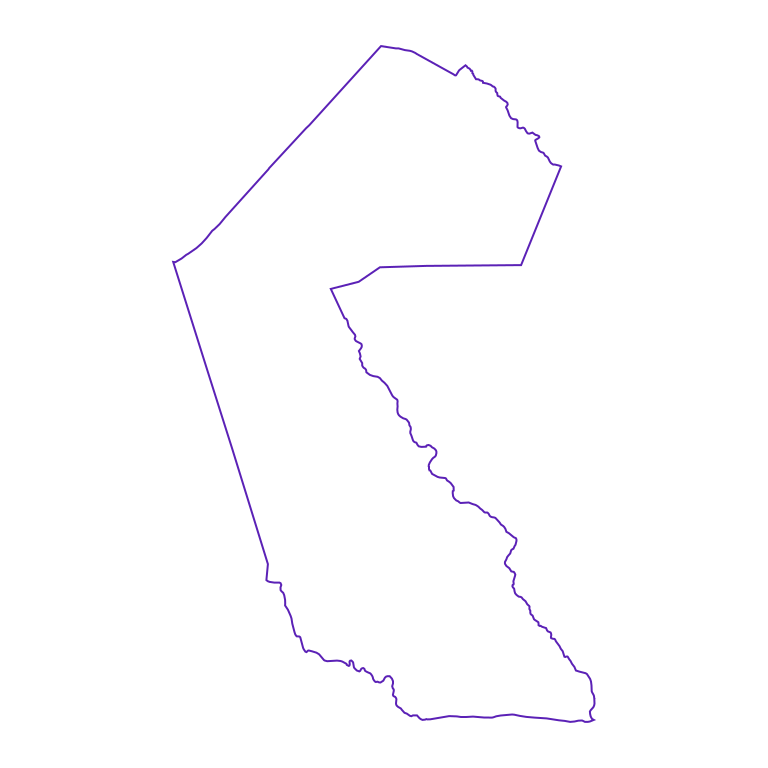 the district of Chicualacuala, Gaza, Mozambique
{"feature_id": "85939544B15867606683535", "entity_name": "Chicualacuala", "entity_type": "district", "adm_level": 2, "iso_a3": "MOZ", "parent_name": "Mozambique", "parent_adm1": "Gaza", "projection": "orthographic", "projection_center": [32.034, -22.729], "detail": "fine", "context": "isolated", "style": "outline", "palette": "violet", "viewbox_px": 768, "rotation_deg": 0, "n_neighbors": 0, "source": "geoboundaries", "source_scale": "gbopen_adm2", "svg_char_len": 6078}
<svg xmlns="http://www.w3.org/2000/svg" viewBox="0 0 768 768"><path d="M561.1,166.4L558.9,165.5L554.7,164.5L553.2,164.6L551.8,163.7L550.9,163.0L549.8,161.5L547.9,157.5L546.7,156.5L545.1,155.6L543.7,153.1L543.2,152.7L540.9,152.0L538.9,150.6L537.6,147.9L535.2,140.7L535.5,139.9L538.0,138.5L539.3,137.4L539.2,136.6L538.8,136.0L537.0,135.2L535.5,134.9L532.4,132.6L529.5,133.6L528.1,133.5L527.5,133.2L527.0,132.5L526.0,131.1L524.8,128.7L524.0,128.0L523.0,127.6L520.6,128.3L519.3,128.2L518.1,127.7L517.5,127.0L517.6,122.2L517.3,120.6L516.9,120.0L516.0,119.4L513.1,119.1L511.1,118.2L509.4,115.6L507.6,110.3L506.1,107.4L506.2,106.7L507.0,105.9L507.7,104.5L507.4,103.0L506.3,101.8L504.0,100.5L500.7,97.9L500.1,96.7L498.1,96.1L497.7,95.8L497.4,94.8L497.2,93.0L496.2,92.1L495.8,91.4L495.6,90.9L495.6,88.7L495.0,87.7L493.9,86.7L492.7,86.4L491.3,85.2L490.5,84.7L486.9,83.5L483.0,82.8L482.9,81.5L482.4,81.0L480.0,80.4L478.8,79.5L478.1,79.3L476.0,79.2L473.4,75.0L473.2,73.9L472.4,73.3L472.4,71.8L472.2,71.2L471.8,70.7L470.9,70.8L470.5,69.8L469.5,68.6L467.5,67.6L467.0,66.6L465.5,65.3L459.6,69.9L459.0,70.5L456.1,75.2L455.8,75.4L454.9,75.3L453.3,74.2L417.0,54.1L415.2,52.9L412.0,51.4L409.9,50.8L404.9,50.1L398.6,48.4L395.9,48.4L381.0,46.1L309.3,125.2L306.1,128.2L269.1,168.2L268.5,169.2L225.5,216.9L219.6,224.1L214.4,229.1L212.2,230.8L206.7,237.9L201.7,243.4L196.4,248.1L188.0,253.9L186.3,254.8L181.6,258.5L175.3,262.2L173.2,261.9L207.3,370.2L232.0,448.1L267.9,564.1L266.4,580.1L267.8,581.2L269.6,581.9L274.3,582.6L279.5,582.6L280.6,583.2L281.3,585.0L280.5,587.4L280.6,590.1L281.5,591.3L283.2,592.8L284.2,595.2L285.1,599.9L285.2,603.3L285.1,605.5L287.9,609.7L290.6,615.8L291.5,618.5L292.3,623.7L294.5,632.1L295.3,634.5L296.6,636.3L299.3,636.5L299.8,636.8L300.3,637.4L303.1,647.9L303.7,649.2L305.4,651.7L306.5,652.1L307.9,650.7L308.8,650.5L312.0,651.3L316.5,652.7L319.1,654.3L324.0,660.1L324.6,660.5L327.2,661.2L337.0,660.6L340.6,661.0L342.4,661.6L346.4,663.8L346.8,664.9L348.7,665.9L349.3,665.7L349.7,664.8L349.7,663.5L349.5,661.9L349.7,661.2L350.2,660.7L351.3,660.5L352.2,661.3L353.1,662.4L353.9,667.1L354.4,668.1L356.0,669.7L356.8,670.5L359.3,671.4L360.2,670.8L361.1,669.1L361.6,668.6L362.4,668.2L363.4,668.1L364.4,668.9L364.9,670.4L365.3,671.0L367.3,672.1L370.3,673.4L371.2,674.4L372.2,675.9L372.8,677.3L373.1,678.8L373.8,680.1L374.9,681.5L375.8,682.0L377.6,681.7L379.1,682.4L380.5,682.5L383.3,680.7L384.9,677.7L386.1,676.6L387.5,676.2L389.7,676.2L391.9,678.6L393.0,681.2L393.0,683.5L392.2,686.2L392.8,688.3L393.7,689.4L393.8,690.8L392.9,694.9L393.5,696.1L395.2,696.9L396.1,698.2L396.4,699.2L396.0,703.4L396.2,704.6L396.7,705.6L398.1,706.9L400.9,708.5L401.8,709.8L404.5,712.8L406.8,713.6L409.9,715.8L411.3,716.2L413.0,715.4L417.0,715.4L419.5,718.2L420.9,719.2L422.5,719.9L425.2,719.6L426.3,719.1L427.4,719.4L430.3,719.3L449.2,716.1L456.9,716.4L460.9,717.0L466.1,717.0L473.0,716.6L483.8,717.5L492.0,717.6L493.4,717.3L496.2,716.3L500.7,715.5L512.1,714.5L514.3,714.7L519.9,715.9L526.3,716.9L534.4,717.6L546.6,718.4L558.9,720.3L564.7,720.9L570.2,721.9L574.6,721.5L578.2,720.7L581.5,720.5L582.4,720.6L585.0,721.9L587.7,721.9L589.9,721.5L593.8,719.9L592.0,718.9L590.7,716.5L590.1,713.9L589.9,711.5L590.7,710.2L593.3,707.3L594.1,705.6L594.5,703.7L594.3,698.6L594.8,699.0L594.2,698.1L594.0,696.1L593.6,695.0L592.1,692.3L591.7,691.2L591.5,685.5L591.0,681.5L590.1,678.9L587.0,674.1L585.6,673.2L579.3,671.6L575.9,670.5L574.4,666.9L572.0,663.8L570.5,660.9L569.3,659.4L567.7,656.7L567.3,656.5L566.1,656.6L565.3,657.0L564.4,656.7L562.7,651.2L560.8,648.8L559.5,646.1L556.7,642.4L555.8,641.1L555.1,639.5L554.4,638.9L553.1,638.8L551.2,638.2L550.9,637.1L551.3,635.0L551.0,633.3L550.5,632.4L547.9,631.4L547.0,630.3L546.1,628.1L542.1,626.8L540.6,625.8L539.9,626.0L538.6,625.3L538.5,623.0L538.3,622.2L534.5,619.7L534.0,619.2L532.6,615.6L531.0,614.4L530.6,613.9L530.3,612.8L530.3,610.7L529.4,609.0L529.5,606.5L529.2,606.0L527.3,604.3L525.5,601.2L522.9,599.1L521.6,597.4L520.6,596.9L518.7,596.6L516.6,595.0L515.2,593.4L514.6,591.5L514.1,588.6L512.9,587.4L512.4,586.1L512.7,584.9L513.3,584.7L513.7,584.0L513.4,581.2L515.1,575.6L515.3,574.5L514.6,573.0L513.8,571.9L511.3,571.4L509.3,568.2L506.4,566.0L505.1,564.0L504.9,563.1L505.0,561.9L506.4,559.3L507.1,557.2L508.4,555.5L510.2,553.5L511.2,550.2L512.5,549.1L513.4,548.8L514.7,545.9L515.5,544.8L516.5,540.8L516.4,539.3L515.9,538.2L513.7,537.2L508.9,533.2L506.4,531.8L505.4,528.9L504.2,527.0L503.2,526.0L500.9,524.5L499.6,522.5L495.4,517.9L493.9,517.4L492.2,517.2L490.6,516.6L489.7,515.8L488.6,513.7L487.6,512.7L487.1,512.5L485.0,512.5L484.3,512.2L482.1,509.9L480.2,508.5L478.4,506.7L476.6,505.5L475.5,504.9L472.7,504.1L468.7,502.5L460.6,503.0L459.6,502.5L458.2,501.3L456.2,500.4L454.0,498.1L453.1,496.2L452.7,493.0L452.8,491.1L453.7,490.6L453.6,487.0L450.8,483.2L449.3,481.9L447.0,480.4L446.1,478.7L445.6,478.2L444.8,478.0L439.7,477.5L437.6,476.9L432.1,473.9L430.4,470.7L429.6,470.0L429.4,470.1L429.0,469.1L429.0,466.7L428.7,466.4L428.8,464.9L429.9,462.4L432.0,459.2L433.3,457.8L434.8,456.8L435.8,455.6L436.4,453.2L436.4,451.7L436.0,450.4L434.4,448.6L431.9,447.2L430.6,445.8L428.6,445.0L427.0,445.3L426.3,445.9L426.2,446.6L425.8,446.7L421.3,446.9L418.7,446.3L417.4,444.7L416.4,442.7L414.5,442.1L413.4,441.1L412.9,440.1L411.4,435.6L410.3,433.1L410.3,431.5L410.8,429.6L410.8,428.1L410.5,426.8L409.6,425.6L409.4,425.1L409.1,423.0L408.9,422.5L406.6,419.6L405.5,419.0L403.2,418.3L400.4,416.6L398.9,415.2L398.1,413.9L397.6,412.4L397.3,409.7L397.6,406.4L397.4,403.6L397.6,401.1L397.2,399.7L394.1,397.5L392.9,396.4L392.0,395.0L387.3,385.9L384.4,382.7L381.9,380.6L379.9,378.1L377.6,376.8L373.3,376.1L369.9,374.9L366.4,372.3L366.1,370.0L365.2,368.7L363.7,367.8L362.8,366.7L362.2,365.5L362.2,363.1L359.7,358.9L360.6,356.4L359.9,353.4L358.9,351.0L361.0,348.3L361.7,346.9L361.8,345.5L361.5,344.2L360.7,343.5L356.6,341.4L355.8,340.9L354.8,339.4L354.7,338.3L355.4,336.4L355.0,334.8L352.7,332.0L348.8,326.8L348.5,325.9L347.4,320.7L346.3,318.9L344.5,318.2L330.8,288.9L358.7,281.8L379.9,267.3L426.1,265.9L521.1,265.1L561.1,166.4Z" fill="none" stroke="#5b21b6" stroke-width="2"/></svg>